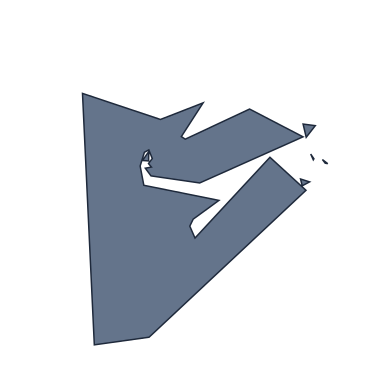 SVG path tracing the border of Yamal-Nenets, rotated 73°
{"feature_id": "RUS-2382", "entity_name": "Yamal-Nenets", "entity_type": "Autonomous Province", "adm_level": 1, "iso_a3": "RUS", "parent_name": "Russia", "parent_adm1": "", "projection": "albers", "projection_center": [74.427, 67.879], "detail": "coarse", "context": "isolated", "style": "filled", "palette": "slate", "viewbox_px": 384, "rotation_deg": 73, "n_neighbors": 0, "source": "natural_earth", "source_scale": "10m", "svg_char_len": 708}
<svg xmlns="http://www.w3.org/2000/svg" viewBox="0 0 384 384"><g transform="rotate(73 192 192)"><path d="M110.0,155.3L135.9,186.0L139.5,183.0L129.5,112.7L171.7,69.7L185.6,182.0L164.6,226.5L155.6,229.7L156.3,223.5L152.1,225.3L148.4,220.2L139.1,221.0L140.1,225.9L152.0,234.0L171.5,236.1L207.9,168.7L218.3,198.8L224.0,204.1L236.9,202.6L181.6,107.3L223.7,82.5L318.3,275.5L309.6,330.1L65.7,267.9L113.4,201.0L110.0,155.3ZM164.6,54.7L173.1,66.8L159.5,65.9L164.6,54.7ZM216.7,76.6L218.3,84.8L211.3,84.4L216.7,76.6ZM149.6,224.4L147.4,230.1L140.7,221.5L149.6,224.4ZM190.4,67.4L195.9,65.7L196.7,66.6L190.4,67.4ZM204.6,53.9L203.4,56.2L199.1,57.8L204.6,53.9Z" fill="#64748b" stroke="#1e293b" stroke-width="1.5"/></g></svg>